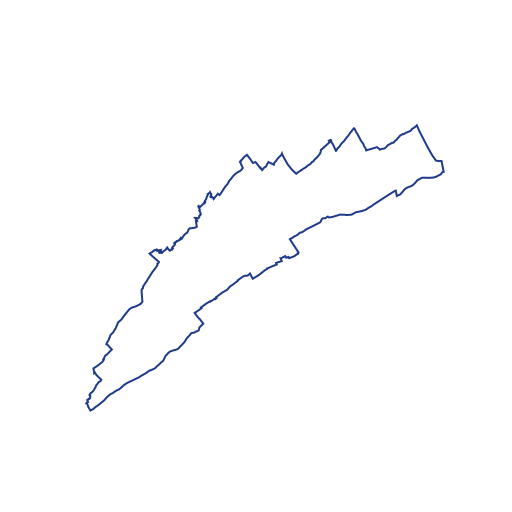 Huruiesti, Bacau, Romania, rotated 253°
{"feature_id": "2599482B81249023924976", "entity_name": "Huruiesti", "entity_type": "district", "adm_level": 2, "iso_a3": "ROU", "parent_name": "Romania", "parent_adm1": "Bacau", "projection": "albers", "projection_center": [27.233, 46.261], "detail": "fine", "context": "isolated", "style": "outline", "palette": "blue", "viewbox_px": 512, "rotation_deg": 253, "n_neighbors": 0, "source": "geoboundaries", "source_scale": "gbopen_adm2", "svg_char_len": 6085}
<svg xmlns="http://www.w3.org/2000/svg" viewBox="0 0 512 512"><g transform="rotate(253 256 256)"><path d="M333.9,448.0L333.2,446.6L332.2,443.8L332.0,442.5L330.9,441.1L330.5,440.3L329.9,435.1L329.3,432.6L329.7,432.0L328.9,428.7L328.1,427.7L327.2,426.0L326.1,424.5L325.3,422.2L324.2,420.9L324.2,420.1L324.5,419.3L323.9,417.0L323.4,414.3L322.4,412.9L321.3,410.7L321.3,410.0L321.6,407.9L321.6,405.4L322.2,405.3L324.7,403.6L324.8,392.2L326.9,392.3L328.6,391.7L330.1,391.4L331.7,391.4L335.6,390.1L343.4,388.6L345.0,388.0L347.4,387.8L349.1,387.3L349.5,387.1L349.5,386.9L346.4,382.3L344.3,379.7L342.7,377.2L339.9,373.4L339.7,372.8L338.6,370.7L336.0,367.4L334.9,365.2L333.2,363.6L333.2,363.2L340.4,362.2L342.2,361.6L345.1,361.5L345.2,361.4L345.0,359.5L343.9,359.9L343.7,359.5L343.3,359.6L340.9,354.6L340.4,353.1L339.7,352.3L339.6,351.7L339.0,350.6L338.5,349.1L337.2,348.6L335.2,347.2L332.9,343.8L332.0,342.2L331.1,340.2L329.8,338.6L329.3,336.6L328.2,335.1L327.3,331.7L326.5,330.2L325.3,325.8L324.6,323.7L324.0,321.3L322.9,318.5L328.0,315.6L334.4,313.1L340.5,311.7L345.4,310.8L346.4,310.8L345.0,309.5L344.2,307.6L342.7,305.0L341.0,303.0L340.2,301.3L339.5,300.6L338.1,299.8L342.2,295.4L340.3,293.2L339.0,292.2L338.6,291.6L338.3,290.0L336.4,287.0L338.6,286.3L338.3,286.0L338.5,285.9L345.2,283.4L346.1,282.7L345.8,280.9L345.9,280.2L349.9,279.0L355.4,276.9L354.4,274.2L353.7,272.8L352.3,270.8L351.6,269.2L351.1,269.3L350.7,268.2L344.0,269.1L342.5,266.9L341.9,265.3L341.5,263.1L341.0,261.4L340.1,259.3L339.0,257.3L336.7,254.1L335.8,252.4L333.5,250.3L330.9,246.3L326.3,240.9L324.9,239.0L326.7,237.8L323.6,233.1L322.8,232.1L323.1,232.0L323.9,232.4L324.7,231.7L325.3,231.4L325.8,230.8L325.3,230.3L325.9,229.7L327.0,230.4L327.8,231.3L328.7,231.2L329.2,230.7L330.5,230.6L330.1,230.1L329.8,229.2L329.3,228.6L329.4,227.9L328.1,227.4L327.4,226.5L325.5,225.4L323.3,222.9L322.5,223.3L321.4,222.2L321.9,221.7L321.1,220.6L319.2,216.8L320.0,216.1L320.6,215.9L320.3,215.3L316.8,215.8L316.3,215.6L315.8,215.0L314.3,215.5L312.1,215.4L312.0,214.8L311.3,214.7L310.9,213.4L309.9,213.2L308.9,211.8L309.9,210.0L310.2,208.9L307.0,210.0L306.4,209.9L306.8,208.7L301.2,207.9L300.9,205.9L301.0,204.7L301.4,203.9L301.4,202.7L301.7,201.6L301.7,200.6L301.5,199.8L298.3,196.9L298.0,195.3L296.8,193.1L295.3,191.2L294.3,190.3L294.2,190.1L295.3,189.5L295.1,189.2L294.8,189.3L293.7,188.1L293.6,187.8L294.1,187.7L293.7,187.1L293.1,185.0L293.5,184.8L293.5,184.6L292.6,183.3L292.8,182.7L292.2,181.5L291.2,182.1L290.8,181.9L289.9,180.8L289.6,179.9L288.5,178.3L287.5,178.7L287.2,178.0L287.2,177.7L286.9,177.8L286.6,177.5L286.6,177.0L286.8,177.0L286.5,175.8L286.3,175.5L286.3,175.2L287.6,174.4L290.1,173.6L289.3,172.4L288.7,172.1L287.3,168.2L286.5,167.1L286.5,166.8L286.5,166.6L286.8,166.3L287.2,164.6L287.4,164.4L288.0,164.6L288.0,165.0L288.3,165.4L288.3,166.1L288.1,166.2L288.1,166.7L289.1,166.4L289.6,166.7L289.6,165.9L289.7,165.4L289.9,165.3L290.0,164.9L289.7,164.1L289.7,163.1L290.7,163.3L291.3,163.0L291.0,160.9L291.3,160.9L291.3,160.6L290.9,160.1L290.9,159.6L290.6,159.3L290.6,158.9L290.1,158.0L290.0,156.9L289.4,154.9L278.7,161.4L278.0,160.9L277.4,159.4L276.3,159.2L274.3,157.0L271.1,152.4L265.2,145.4L264.7,145.1L261.5,141.1L259.5,138.8L258.4,138.6L257.6,137.2L256.8,136.6L254.7,136.0L245.5,134.0L244.9,133.3L244.1,131.6L243.8,131.5L243.5,129.3L242.9,126.2L243.0,124.0L242.9,122.1L242.1,119.3L237.4,112.3L234.7,108.9L232.8,104.7L227.7,100.5L226.2,98.6L224.7,97.1L223.5,94.6L222.6,93.4L221.5,92.8L220.3,91.6L219.0,90.7L216.2,87.7L215.3,87.1L214.5,88.0L208.8,90.8L206.0,85.8L205.0,83.8L205.0,83.0L203.9,81.8L202.9,81.1L201.9,79.8L201.4,80.2L200.5,79.3L199.2,77.3L199.1,76.8L197.2,71.8L196.0,67.6L193.0,67.4L191.4,67.0L191.8,67.8L188.8,68.6L182.9,71.9L181.9,70.8L181.5,69.7L181.6,68.9L180.4,67.5L179.0,65.3L177.3,64.1L176.8,63.3L175.0,61.5L173.4,58.9L173.3,57.8L171.7,56.1L170.6,56.7L170.3,56.4L168.7,55.9L168.3,55.2L168.6,55.1L168.4,54.4L168.1,54.1L168.0,53.5L167.3,53.0L167.4,52.5L165.5,52.7L165.2,51.2L164.8,50.8L164.7,51.2L161.6,51.6L161.2,51.4L156.6,52.5L157.3,55.8L158.4,58.1L159.5,61.7L162.5,68.9L164.5,72.0L166.1,75.5L166.5,76.8L166.7,78.8L167.5,80.9L168.2,83.6L168.5,86.2L171.6,93.1L172.5,97.0L174.2,108.8L174.9,110.8L176.2,116.7L177.6,120.5L177.5,121.5L177.9,125.4L178.4,127.1L179.7,129.4L179.9,130.2L182.1,134.5L182.9,136.6L186.9,140.2L187.5,141.2L187.9,142.2L189.0,143.8L189.6,145.4L189.8,146.5L189.9,148.8L189.8,153.0L189.9,153.9L190.2,154.7L191.8,157.3L192.3,158.5L194.8,162.7L197.3,165.4L199.8,169.7L201.2,171.6L200.8,174.4L201.2,176.0L201.4,178.9L201.7,179.5L204.2,181.0L206.1,184.5L206.7,185.8L212.3,183.7L212.6,183.4L215.3,182.2L219.5,180.7L221.0,185.8L222.1,188.7L222.9,188.3L225.2,195.1L225.6,196.7L226.1,198.4L226.1,198.8L225.7,199.0L227.2,204.2L226.7,204.4L227.2,205.9L228.2,205.6L230.9,213.1L232.1,218.4L232.4,219.1L233.8,221.1L234.6,222.7L235.5,225.8L237.4,230.7L237.7,231.6L238.2,231.7L240.1,237.4L240.4,239.8L239.8,241.1L239.8,242.2L240.1,243.3L241.0,245.1L235.2,246.2L236.9,253.0L239.8,260.4L240.4,262.8L240.9,263.0L240.8,263.8L241.3,267.2L241.8,273.3L243.5,273.1L243.6,279.1L246.6,278.9L246.4,279.3L247.1,281.9L246.9,282.5L247.3,283.1L247.3,284.0L245.5,284.4L245.4,285.1L245.7,286.7L245.5,286.9L244.2,287.1L244.4,290.1L244.6,292.7L245.3,294.4L245.8,296.7L246.4,296.6L246.9,297.7L262.2,293.3L262.9,296.8L263.2,297.3L263.4,297.9L264.0,301.5L265.5,304.9L265.3,305.9L265.3,307.3L266.9,312.3L267.2,314.5L269.3,326.5L269.7,327.6L272.2,329.9L272.5,330.6L271.9,333.3L272.0,333.9L272.7,335.8L272.7,336.2L271.7,336.8L271.2,338.6L271.0,341.5L271.0,348.8L270.4,350.0L269.7,352.5L268.7,354.5L267.6,359.5L268.5,363.5L268.6,364.3L268.1,369.7L268.1,374.2L269.0,377.1L270.1,381.8L270.8,383.4L273.7,393.5L276.7,404.2L277.7,408.3L277.7,408.8L272.2,408.2L272.5,409.5L272.6,411.6L274.1,414.3L275.8,416.8L276.5,418.1L277.2,420.5L277.5,425.1L278.0,426.8L279.2,429.3L281.2,432.3L282.3,437.6L279.8,445.7L279.1,449.1L279.2,450.1L279.1,451.1L280.1,456.7L281.5,458.3L281.6,458.8L281.6,460.1L292.6,461.2L293.3,458.6L294.6,456.0L301.0,453.9L310.2,451.9L327.2,448.8L333.9,448.0Z" fill="none" stroke="#1e3a8a" stroke-width="2"/></g></svg>